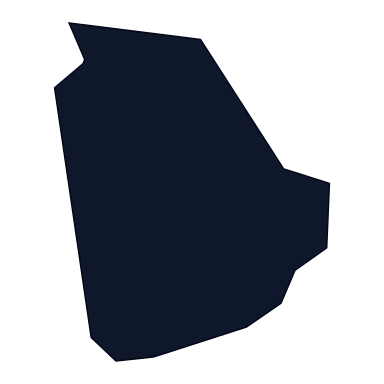 the border of Vodice
{"feature_id": "SVN-1003", "entity_name": "Vodice", "entity_type": "Municipality", "adm_level": 1, "iso_a3": "SVN", "parent_name": "Slovenia", "parent_adm1": "", "projection": "mercator", "projection_center": [14.495, 46.172], "detail": "fine", "context": "isolated", "style": "filled", "palette": "ink", "viewbox_px": 384, "rotation_deg": 0, "n_neighbors": 0, "source": "natural_earth", "source_scale": "10m", "svg_char_len": 301}
<svg xmlns="http://www.w3.org/2000/svg" viewBox="0 0 384 384"><path d="M91.2,337.5L54.6,87.8L83.1,63.6L84.7,59.5L69.1,23.0L200.5,39.5L283.6,168.9L329.4,183.4L326.7,247.8L295.0,270.3L281.0,303.2L246.5,327.0L153.7,356.9L116.0,361.0L91.2,337.5Z" fill="#0f172a" stroke="#020617" stroke-width="1.5"/></svg>